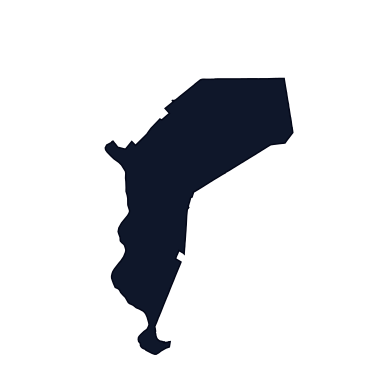 Sanpetru Mare, Timis, Romania (Mercator projection), rotated 225°
{"feature_id": "2599482B83892227967248", "entity_name": "Sanpetru Mare", "entity_type": "district", "adm_level": 2, "iso_a3": "ROU", "parent_name": "Romania", "parent_adm1": "Timis", "projection": "mercator", "projection_center": [20.765, 46.07], "detail": "fine", "context": "isolated", "style": "filled", "palette": "ink", "viewbox_px": 384, "rotation_deg": 225, "n_neighbors": 0, "source": "geoboundaries", "source_scale": "gbopen_adm2", "svg_char_len": 4633}
<svg xmlns="http://www.w3.org/2000/svg" viewBox="0 0 384 384"><g transform="rotate(225 192 192)"><path d="M213.5,330.9L215.2,329.1L218.4,325.7L222.6,321.5L224.8,319.2L229.2,314.9L230.4,313.7L232.3,311.8L233.1,310.9L233.9,310.1L235.6,308.4L238.2,305.7L242.8,301.1L252.9,291.0L255.1,288.7L255.5,288.3L256.2,287.2L257.0,286.4L259.8,283.5L263.7,279.7L264.5,278.8L264.7,278.4L264.9,278.0L265.3,277.3L266.1,270.4L266.1,269.3L266.7,264.1L267.4,257.3L268.0,252.0L268.6,245.8L268.8,245.1L269.3,244.1L269.4,243.9L269.7,243.6L270.2,243.1L271.1,242.6L269.0,242.8L270.1,232.1L264.0,231.8L263.5,231.7L263.8,228.6L264.3,221.7L264.9,221.3L266.3,220.9L266.2,219.0L266.0,208.2L265.5,204.8L265.0,202.0L264.8,201.1L264.9,185.0L270.3,185.1L269.3,175.3L271.2,174.0L271.6,173.8L276.2,171.1L280.1,171.7L280.4,171.7L280.7,171.7L281.1,171.7L283.8,172.1L284.0,171.7L284.2,170.9L284.1,170.6L283.9,170.5L283.8,170.4L284.5,168.1L285.5,164.9L284.5,161.9L282.9,160.8L280.2,160.3L275.2,160.2L270.7,160.3L264.6,161.3L260.9,161.3L256.2,160.2L253.9,159.7L252.2,158.6L248.8,154.9L246.0,152.6L241.6,148.5L239.1,145.9L235.3,143.8L232.9,142.1L228.8,138.1L228.0,137.4L223.2,134.9L222.1,133.8L221.4,132.1L220.8,129.8L220.5,126.9L220.1,122.9L219.8,120.2L218.3,114.9L216.2,111.8L214.4,110.8L211.1,109.3L210.1,108.6L208.8,107.3L207.8,106.7L205.7,106.6L203.5,106.8L202.0,106.6L199.5,105.3L197.7,104.2L196.4,102.4L194.5,97.9L193.5,92.9L193.4,90.8L192.5,83.6L192.4,82.8L191.7,79.9L190.9,78.1L189.4,75.7L187.9,74.3L185.3,73.0L182.7,71.8L178.8,70.3L176.8,71.1L175.4,71.5L173.8,71.4L171.3,70.6L168.3,70.4L164.6,70.4L158.8,68.8L157.2,69.0L155.5,69.7L153.4,70.4L149.6,70.8L146.5,72.1L142.4,73.3L140.5,73.4L138.5,73.1L135.3,71.9L130.1,69.0L128.5,67.8L127.9,66.6L127.3,65.1L126.7,63.0L127.3,59.5L127.4,55.1L127.3,52.8L127.0,51.4L125.8,49.8L124.0,48.6L122.1,48.5L120.9,48.0L119.9,47.0L118.6,46.6L116.8,46.6L115.1,47.2L113.9,47.7L113.6,47.8L112.8,47.6L106.3,49.7L103.9,50.8L102.7,51.9L101.9,54.8L101.6,57.5L100.7,60.9L100.1,63.1L98.5,66.4L101.6,70.7L101.8,70.4L102.1,70.1L102.4,69.8L102.6,69.4L102.8,69.0L102.8,68.8L102.7,68.6L102.9,68.5L103.2,68.3L103.4,68.0L103.6,67.8L103.6,67.6L103.7,67.4L104.1,67.1L104.3,67.0L104.3,66.9L104.3,66.6L104.5,66.4L104.8,66.2L105.0,66.0L105.0,65.8L105.2,65.7L105.3,65.5L105.6,65.5L105.7,65.9L105.7,66.0L105.8,66.2L106.3,65.7L106.9,65.4L107.6,65.1L108.1,64.7L108.6,64.4L109.3,63.9L110.3,63.6L110.5,63.6L112.3,63.4L113.6,63.7L115.6,64.6L117.9,66.3L118.7,66.6L119.0,66.9L119.2,67.6L119.4,67.8L121.2,69.2L122.0,69.7L123.3,70.6L123.6,71.5L123.9,72.2L124.3,73.2L125.1,75.2L126.4,78.1L127.0,79.3L127.5,80.8L128.0,82.0L128.5,83.1L129.2,84.9L130.0,86.7L131.0,89.0L132.0,91.3L132.9,93.4L133.5,94.9L133.8,95.5L134.3,96.8L135.2,98.8L136.0,100.9L137.0,103.3L138.0,105.6L138.9,107.6L139.7,109.5L140.7,111.8L141.2,113.1L142.2,115.4L142.3,115.8L143.1,117.6L144.0,119.6L145.5,123.2L146.5,125.6L148.1,129.5L149.0,131.7L149.8,133.6L150.3,134.7L152.7,134.1L155.6,133.3L155.8,133.4L156.5,133.2L157.4,135.2L157.9,136.3L158.2,137.3L158.6,138.3L159.1,139.4L159.5,140.5L159.9,141.4L158.4,141.8L156.0,142.4L155.5,142.6L153.8,142.7L153.9,142.8L155.4,144.5L157.4,146.8L158.7,148.4L160.8,150.7L162.6,152.9L164.1,154.6L165.5,156.2L167.0,157.9L169.2,160.5L171.1,162.6L172.9,164.7L175.0,167.0L177.0,169.2L179.0,171.4L183.0,176.3L183.4,178.8L183.9,178.9L184.8,179.4L185.1,179.6L185.1,179.9L185.1,180.2L185.3,180.5L185.6,181.0L186.7,183.1L188.2,185.7L189.0,187.1L189.0,187.3L188.4,188.5L189.1,189.7L190.2,191.9L190.5,192.3L190.9,192.6L190.4,194.5L189.3,199.0L188.2,203.6L187.5,206.8L186.9,209.3L186.4,211.7L185.9,213.6L185.4,216.0L184.9,218.0L184.3,220.3L183.7,222.8L183.1,225.3L182.5,227.5L182.0,229.1L182.0,229.3L182.0,229.5L182.1,229.9L182.1,230.1L182.0,230.3L181.7,231.2L181.1,233.3L180.5,235.8L180.3,236.8L180.0,238.1L179.4,240.5L178.9,242.8L178.3,245.2L177.8,247.5L177.7,247.7L177.2,249.6L176.7,252.0L176.1,254.3L175.6,256.6L175.0,259.0L174.5,261.1L173.9,263.4L173.4,265.9L172.8,268.2L172.4,270.1L172.0,271.8L171.5,273.9L171.0,276.2L170.5,278.3L169.9,280.7L169.8,281.1L169.1,282.0L167.6,284.0L166.0,286.0L164.3,288.2L162.5,290.4L161.4,291.7L161.2,292.1L161.0,292.4L160.9,292.5L161.0,292.9L161.2,294.1L161.4,295.1L162.5,303.3L162.7,304.8L162.7,305.2L163.8,306.1L166.5,308.1L166.8,308.4L167.0,308.5L167.6,308.8L169.5,310.2L171.4,311.7L174.4,313.9L175.1,314.4L175.7,314.7L176.5,315.3L176.8,315.5L180.2,318.0L181.5,319.0L183.6,320.4L184.5,321.1L185.1,321.6L185.8,322.2L187.2,323.1L188.8,324.2L189.6,324.7L190.2,325.2L193.4,327.5L195.6,329.2L196.0,329.4L201.2,333.1L205.5,336.2L207.1,337.4L211.0,333.5L212.5,331.9L213.5,330.9Z" fill="#0f172a" stroke="#020617" stroke-width="1.5"/></g></svg>